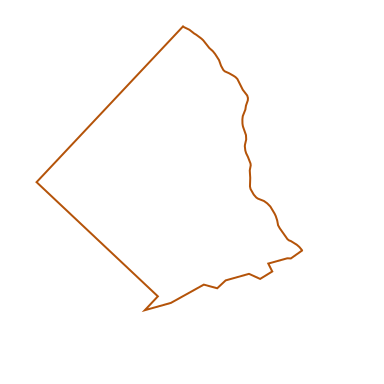 Des Moines, Iowa, United States of America (Natural Earth projection), rotated 313°
{"feature_id": "52423323B51046166578501", "entity_name": "Des Moines", "entity_type": "district", "adm_level": 2, "iso_a3": "USA", "parent_name": "United States of America", "parent_adm1": "Iowa", "projection": "natural_earth1", "projection_center": [-91.071, 40.885], "detail": "fine", "context": "isolated", "style": "outline", "palette": "amber", "viewbox_px": 384, "rotation_deg": 313, "n_neighbors": 0, "source": "geoboundaries", "source_scale": "gbopen_adm2", "svg_char_len": 1052}
<svg xmlns="http://www.w3.org/2000/svg" viewBox="0 0 384 384"><g transform="rotate(313 192 192)"><path d="M73.4,238.1L96.5,252.2L132.3,263.8L138.8,276.1L150.3,276.9L171.0,289.5L174.9,301.1L188.6,304.9L191.7,296.6L208.5,306.9L210.8,309.6L224.2,312.4L224.5,311.9L225.0,308.0L224.9,304.8L223.5,297.6L222.8,296.1L222.6,294.0L225.3,281.0L226.4,277.6L229.3,273.7L231.5,269.7L232.5,267.2L234.8,259.2L235.0,254.8L234.5,250.8L232.1,244.7L231.8,242.7L232.2,238.9L234.1,232.8L235.6,230.6L242.0,225.0L247.2,219.5L251.5,216.8L252.7,215.4L255.8,209.0L257.3,205.1L258.7,202.7L261.5,199.4L262.7,198.5L267.4,195.8L270.4,192.7L274.6,184.7L275.3,183.7L276.5,182.2L279.5,179.3L282.1,177.4L288.7,174.8L291.9,172.6L297.1,170.3L298.9,168.8L300.2,166.6L301.4,159.4L305.6,148.1L305.7,145.4L305.3,143.0L304.1,138.0L302.6,133.7L302.6,131.7L304.1,127.2L306.9,121.8L308.7,114.7L309.2,111.2L309.1,106.5L310.6,96.7L310.6,94.3L309.9,87.8L309.4,85.5L308.9,79.5L307.2,74.0L307.1,73.8L307.0,72.5L93.2,71.6L92.4,238.2L73.4,238.1Z" fill="none" stroke="#b45309" stroke-width="2"/></g></svg>